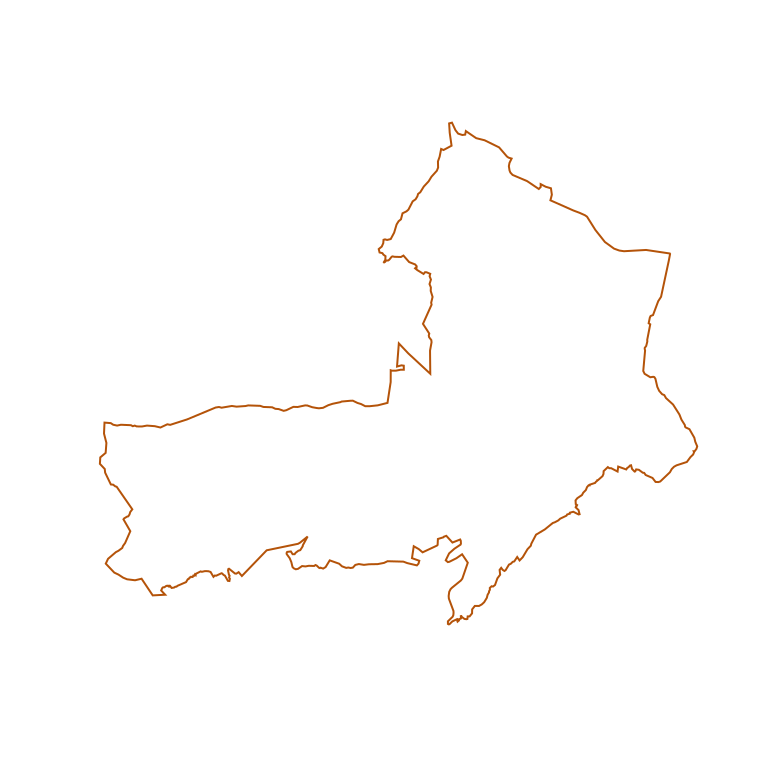 the district of Moraresti, Arges, Romania, rotated 81°
{"feature_id": "2599482B44470613349650", "entity_name": "Moraresti", "entity_type": "district", "adm_level": 2, "iso_a3": "ROU", "parent_name": "Romania", "parent_adm1": "Arges", "projection": "equal_earth", "projection_center": [24.544, 44.995], "detail": "fine", "context": "isolated", "style": "outline", "palette": "amber", "viewbox_px": 768, "rotation_deg": 81, "n_neighbors": 0, "source": "geoboundaries", "source_scale": "gbopen_adm2", "svg_char_len": 6133}
<svg xmlns="http://www.w3.org/2000/svg" viewBox="0 0 768 768"><g transform="rotate(81 384 384)"><path d="M557.9,633.1L553.1,636.4L550.8,634.9L550.2,633.9L550.4,632.7L549.4,630.7L549.3,629.6L550.4,628.2L549.6,627.8L549.8,627.0L552.2,625.7L552.2,623.1L551.6,621.9L551.7,620.6L551.0,619.5L548.7,610.5L546.1,608.3L546.1,607.5L544.7,606.2L544.8,605.4L544.2,604.8L544.7,603.2L543.4,602.3L543.7,601.5L542.4,600.5L543.3,599.9L542.0,599.4L540.4,594.4L541.0,593.3L540.8,590.1L541.4,586.9L542.5,584.7L547.8,582.6L546.7,581.1L547.1,579.8L545.5,574.1L545.8,573.5L547.5,572.3L548.4,571.1L554.0,569.0L554.4,567.5L552.2,566.7L551.0,567.3L549.2,566.5L548.1,567.0L543.7,567.2L542.4,566.7L542.2,566.0L547.9,560.8L548.2,559.5L547.1,557.0L551.4,554.4L529.9,525.9L528.4,493.9L527.6,491.8L522.7,483.3L530.6,489.4L531.6,489.7L535.0,492.7L535.3,494.7L536.9,497.7L538.1,498.9L537.8,500.9L534.8,502.2L534.7,505.9L535.8,506.7L536.8,506.7L541.3,504.4L545.4,503.4L550.4,503.0L551.9,502.0L553.2,500.1L553.1,497.8L551.0,493.4L551.9,490.1L551.8,486.7L552.8,481.5L552.1,480.0L552.8,478.9L555.4,476.9L555.8,476.1L555.5,475.4L556.8,473.0L555.7,470.3L549.7,465.2L554.5,456.4L557.5,454.0L559.7,450.1L559.7,447.9L560.5,445.8L560.5,443.5L558.2,440.6L557.9,437.0L559.5,432.1L559.7,427.0L560.9,418.5L560.7,412.0L559.6,408.2L562.5,392.6L564.5,389.1L568.3,379.9L566.8,378.0L564.1,376.8L560.4,383.6L548.9,380.0L552.5,375.5L556.3,372.2L551.9,357.0L551.3,356.2L545.5,355.0L544.7,349.3L544.2,348.8L543.7,346.2L551.3,341.2L549.5,333.1L550.9,332.7L553.7,333.0L554.6,333.5L557.7,340.2L561.5,346.2L567.8,350.6L569.9,348.8L569.8,347.2L567.4,339.7L564.4,333.5L573.6,329.2L588.5,337.1L590.1,338.8L595.9,348.8L597.1,350.4L599.5,352.1L603.5,353.3L606.1,353.5L619.0,350.9L620.9,351.1L623.2,351.7L624.6,352.6L628.4,358.0L631.0,358.4L631.5,357.8L631.5,356.9L629.2,353.7L627.6,348.4L628.1,347.5L629.1,348.7L630.2,348.5L629.3,347.0L628.0,346.3L627.6,344.7L625.3,344.4L625.3,343.9L626.3,343.5L628.6,341.3L629.2,339.4L629.1,338.4L626.6,337.7L626.9,335.8L624.3,332.9L620.4,332.2L617.4,329.0L618.1,324.9L617.0,321.9L615.2,319.2L611.3,315.9L608.3,314.6L606.3,312.9L605.2,312.7L603.8,311.6L602.0,311.4L600.6,309.4L601.1,308.0L599.9,305.8L593.7,302.4L590.5,299.1L585.7,298.9L583.9,297.0L586.2,295.8L587.5,294.3L586.9,293.0L581.9,288.8L581.4,286.9L579.8,284.7L579.6,283.1L575.7,279.5L579.5,277.7L576.8,274.1L569.6,268.1L566.7,264.3L564.8,263.5L556.6,257.4L552.8,247.9L547.7,239.1L547.3,236.9L546.0,233.2L544.6,231.1L542.6,224.4L541.5,223.5L541.2,220.8L540.2,220.6L539.8,217.0L543.3,212.2L543.2,211.2L538.9,211.6L535.8,214.0L534.3,213.2L534.6,212.8L533.8,212.2L532.6,213.4L528.9,213.0L527.0,210.9L524.6,205.8L522.5,204.2L520.3,201.2L517.6,199.6L516.0,197.7L516.3,196.7L515.6,196.4L514.7,190.9L513.8,190.1L513.1,188.8L512.4,188.4L512.5,187.8L509.2,182.6L507.2,181.3L504.4,180.7L501.1,175.9L502.4,174.7L502.7,172.8L507.0,167.0L502.2,165.6L506.3,158.1L504.8,156.7L504.5,155.6L503.0,153.8L502.9,152.7L506.7,152.3L509.7,150.2L509.6,149.5L507.8,148.3L508.6,145.7L512.1,142.3L512.5,140.9L514.8,139.8L518.8,133.5L523.2,131.1L523.8,128.3L523.5,126.4L515.9,115.4L513.0,113.1L511.1,110.5L510.1,107.8L508.4,97.1L504.1,92.7L502.0,89.7L499.7,88.3L498.9,88.6L499.0,87.7L497.0,85.6L494.6,84.4L489.7,85.6L485.6,85.9L476.4,89.4L474.1,92.8L473.3,93.3L471.6,93.3L465.7,95.8L460.3,97.0L449.5,101.7L442.0,107.7L438.8,108.9L437.6,110.9L433.8,113.3L429.6,114.5L421.3,115.1L419.5,115.9L419.0,117.0L419.0,119.9L414.7,125.0L411.7,125.9L391.8,120.9L390.0,121.0L389.1,120.8L387.5,119.1L383.3,117.3L381.5,117.1L366.7,111.7L365.4,113.1L359.9,111.0L358.5,110.0L358.0,107.5L345.1,100.2L341.2,96.7L306.7,83.4L300.3,81.1L299.8,81.3L292.6,104.2L290.4,126.2L289.0,130.7L286.3,135.6L278.3,143.6L265.0,151.1L250.5,157.3L248.7,159.2L245.5,164.1L242.2,169.9L228.6,190.9L223.3,188.6L216.8,188.5L214.5,193.4L211.1,198.0L213.9,198.4L215.6,200.6L206.0,210.9L197.6,224.3L194.9,226.1L192.8,226.6L188.4,226.6L185.3,225.5L181.3,222.7L179.9,225.6L178.5,227.0L168.3,233.3L159.0,246.5L155.6,254.5L147.0,263.6L150.4,264.8L150.3,267.7L148.3,271.6L144.5,273.7L136.5,276.0L136.8,278.9L146.2,279.8L159.2,280.0L162.2,288.6L160.8,290.8L168.2,293.5L172.6,295.9L178.7,296.7L181.6,298.4L186.7,304.7L190.8,308.2L195.2,313.8L200.3,318.2L201.6,320.6L203.9,321.7L206.5,323.9L208.1,327.1L215.6,332.6L217.0,334.8L218.3,339.0L224.0,341.5L225.5,344.1L228.4,346.6L236.1,350.3L241.9,354.7L242.2,358.4L241.3,360.4L241.5,361.9L244.8,362.7L247.9,364.7L249.9,368.1L253.4,367.8L254.5,365.1L256.1,364.4L258.0,362.5L261.6,363.3L264.2,365.6L263.5,363.7L262.7,363.0L262.4,362.0L262.7,360.7L262.1,359.4L259.5,356.5L259.3,355.6L260.0,353.8L261.2,347.4L260.2,344.7L267.5,340.1L270.8,334.5L272.8,333.3L274.3,333.7L274.1,334.5L274.6,335.2L276.7,333.3L281.5,327.7L280.0,326.0L280.3,324.5L282.4,321.1L284.7,322.1L288.2,321.3L292.4,323.4L295.9,322.6L299.4,323.3L305.6,322.4L311.1,324.7L313.1,324.6L330.7,336.1L341.3,331.4L343.1,332.2L344.9,332.1L348.0,330.4L350.2,330.5L358.2,333.3L381.1,336.7L357.6,355.2L346.2,363.0L368.8,368.4L368.3,363.9L369.0,361.6L373.0,362.2L372.5,365.2L372.7,370.2L372.1,374.0L371.5,375.2L383.1,377.1L403.2,383.5L404.1,393.5L403.7,401.5L403.0,406.0L400.2,409.8L398.6,413.1L395.6,417.4L395.3,419.8L394.7,428.6L395.1,429.9L395.5,437.8L396.2,442.3L398.0,448.0L397.8,452.1L397.2,454.2L395.7,458.5L393.2,463.2L392.8,465.3L393.2,472.9L392.4,477.1L394.6,484.6L394.8,487.3L392.3,491.9L391.5,495.2L389.5,498.1L387.8,506.7L386.2,509.7L383.9,521.5L384.1,524.2L383.3,533.2L381.9,537.7L382.0,548.1L380.9,550.6L380.9,554.0L388.2,584.1L390.9,601.6L389.9,604.3L392.0,611.6L389.8,617.0L388.0,624.6L388.1,629.8L387.2,634.9L386.1,636.7L386.4,638.7L385.1,640.4L383.1,650.2L383.3,654.1L381.9,657.8L379.9,660.0L378.4,666.1L389.2,668.3L398.8,667.4L408.5,669.7L412.1,675.7L418.4,677.1L424.3,673.1L427.9,673.3L440.5,669.5L441.1,667.2L443.0,665.5L443.7,664.1L468.4,652.2L470.8,654.7L473.1,655.8L474.7,657.3L474.8,658.5L476.1,661.7L476.9,662.5L489.7,657.6L500.6,664.6L503.1,667.1L505.0,668.2L507.2,672.4L508.1,675.1L513.5,683.9L517.9,686.9L528.1,679.9L530.7,676.1L534.5,671.9L536.7,668.3L538.9,660.6L538.4,653.9L556.6,645.5L557.9,633.1Z" fill="none" stroke="#b45309" stroke-width="2"/></g></svg>